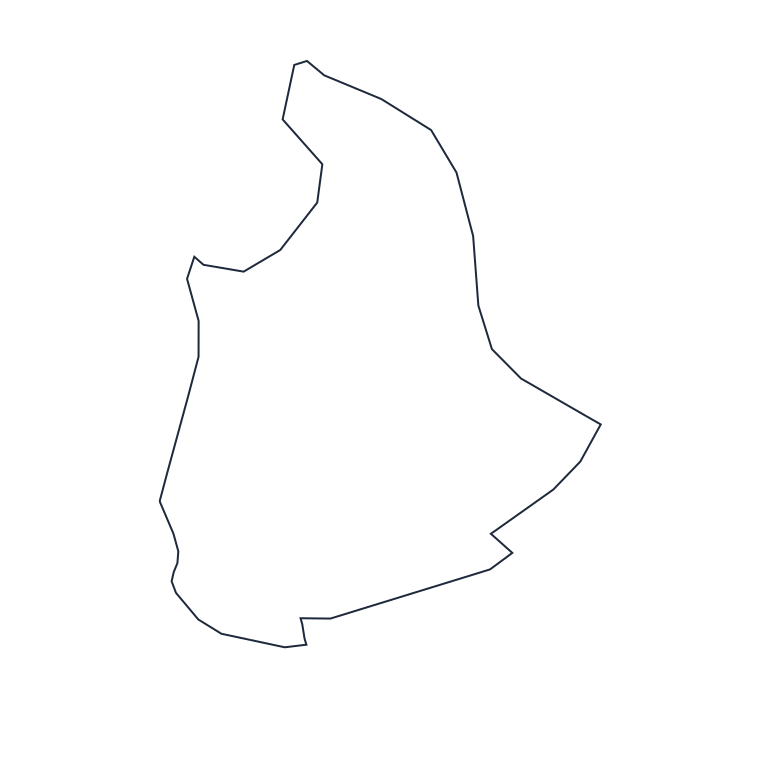 Plužine, Natural Earth projection, rotated 197°
{"feature_id": "MNE-1515", "entity_name": "Plužine", "entity_type": "Municipality", "adm_level": 1, "iso_a3": "MNE", "parent_name": "Montenegro", "parent_adm1": "", "projection": "natural_earth1", "projection_center": [18.878, 43.143], "detail": "fine", "context": "isolated", "style": "outline", "palette": "slate", "viewbox_px": 768, "rotation_deg": 197, "n_neighbors": 0, "source": "natural_earth", "source_scale": "10m", "svg_char_len": 728}
<svg xmlns="http://www.w3.org/2000/svg" viewBox="0 0 768 768"><g transform="rotate(197 384 384)"><path d="M466.4,97.6L492.7,104.5L521.8,123.4L529.4,133.2L530.1,142.6L529.2,152.4L531.8,163.9L541.6,179.3L563.7,205.6L564.3,206.9L564.3,207.3L565.3,235.1L567.7,314.6L569.3,355.8L579.7,390.1L603.1,427.0L602.6,450.2L591.4,445.2L551.1,450.4L522.4,481.8L500.9,538.0L507.2,576.1L558.3,607.4L563.1,662.9L552.1,670.4L531.4,661.7L469.8,655.7L413.2,640.6L376.5,607.4L342.0,551.5L316.7,486.6L291.0,448.9L254.6,429.3L184.3,413.1L164.9,408.7L173.6,367.2L191.2,332.6L238.0,272.0L211.9,260.0L228.4,237.7L366.7,144.0L395.3,135.6L391.8,130.1L385.6,117.4L382.0,112.0L401.9,103.2L466.4,97.6Z" fill="none" stroke="#1e293b" stroke-width="2"/></g></svg>